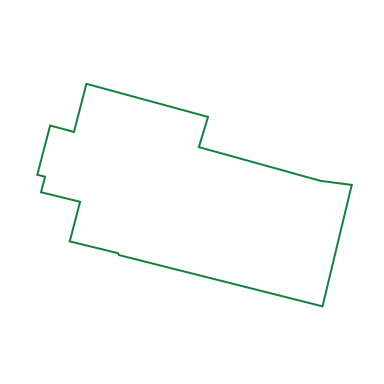 Bollinger, Missouri, United States of America (orthographic projection), rotated 104°
{"feature_id": "52423323B38725107036826", "entity_name": "Bollinger", "entity_type": "district", "adm_level": 2, "iso_a3": "USA", "parent_name": "United States of America", "parent_adm1": "Missouri", "projection": "orthographic", "projection_center": [-90.042, 37.32], "detail": "fine", "context": "isolated", "style": "outline", "palette": "green", "viewbox_px": 384, "rotation_deg": 104, "n_neighbors": 0, "source": "geoboundaries", "source_scale": "gbopen_adm2", "svg_char_len": 355}
<svg xmlns="http://www.w3.org/2000/svg" viewBox="0 0 384 384"><g transform="rotate(104 192 192)"><path d="M115.3,194.6L112.6,320.6L162.3,321.1L161.8,345.7L212.7,346.3L212.7,338.3L228.8,338.4L228.6,298.2L269.5,298.7L269.3,249.0L270.9,247.5L271.4,37.7L146.5,38.7L150.1,69.8L146.8,196.2L115.3,194.6Z" fill="none" stroke="#15803d" stroke-width="2"/></g></svg>